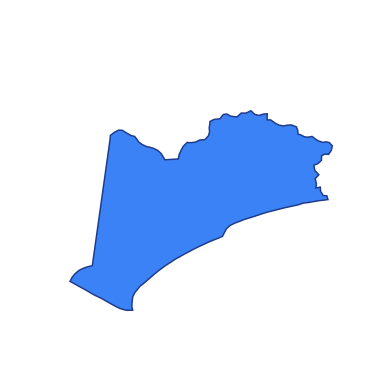 Itapoá, Santa Catarina, Brazil (Natural Earth projection), rotated 67°
{"feature_id": "56859067B97691755303432", "entity_name": "Itapoá", "entity_type": "district", "adm_level": 2, "iso_a3": "BRA", "parent_name": "Brazil", "parent_adm1": "Santa Catarina", "projection": "natural_earth1", "projection_center": [-48.647, -26.082], "detail": "fine", "context": "isolated", "style": "filled", "palette": "blue", "viewbox_px": 384, "rotation_deg": 67, "n_neighbors": 0, "source": "geoboundaries", "source_scale": "gbopen_adm2", "svg_char_len": 1970}
<svg xmlns="http://www.w3.org/2000/svg" viewBox="0 0 384 384"><g transform="rotate(67 192 192)"><path d="M167.8,77.9L166.9,82.1L164.4,85.8L162.0,87.9L159.4,89.6L156.4,91.4L154.9,94.7L152.1,93.4L149.4,92.2L148.2,95.7L147.7,100.5L144.9,104.0L140.2,106.0L140.5,111.3L138.6,115.9L140.5,121.4L137.2,126.9L133.8,129.5L132.9,132.8L135.5,137.7L133.8,143.4L134.1,147.8L136.7,149.3L139.7,151.1L143.6,152.4L146.6,154.8L148.8,159.6L147.2,164.6L147.4,169.4L146.3,173.4L144.5,177.2L146.6,182.3L149.6,186.0L152.3,189.0L156.2,191.7L151.8,204.3L147.9,204.9L144.8,205.3L140.3,207.3L136.8,210.4L134.4,213.2L132.4,216.1L128.8,219.3L125.3,221.4L121.8,222.2L118.4,223.1L116.2,226.1L112.3,229.0L108.0,232.0L106.4,235.2L106.7,240.0L108.0,245.0L112.1,247.2L220.8,312.5L220.0,317.9L219.7,321.9L220.0,326.7L221.7,332.0L223.7,335.7L226.6,339.2L229.5,336.9L233.5,333.8L236.9,331.1L241.5,327.5L247.9,322.8L254.4,317.1L264.7,309.2L267.8,306.7L271.0,303.9L273.5,301.0L275.5,298.1L277.6,292.8L274.1,292.2L271.1,290.8L265.3,287.5L262.0,283.5L260.1,279.8L258.4,276.5L257.4,272.7L256.2,269.0L254.9,264.9L253.0,259.1L251.4,253.6L250.3,249.0L249.3,244.8L248.7,241.3L248.1,237.8L247.4,234.3L247.0,231.0L246.7,227.4L246.1,222.9L245.7,217.2L245.3,213.2L245.0,208.2L244.8,201.8L244.6,196.8L244.6,193.0L244.7,189.3L244.8,185.8L244.7,181.2L241.9,177.9L239.2,174.6L237.6,169.6L237.4,164.0L237.6,159.6L237.7,154.8L238.2,149.9L238.8,144.0L239.1,139.9L239.5,134.9L240.0,130.6L240.5,127.1L241.1,123.4L241.9,117.9L242.9,112.0L244.0,106.1L245.3,99.2L245.7,93.8L247.2,88.9L248.4,83.4L249.8,77.8L251.1,73.4L252.1,69.8L248.1,69.4L246.6,72.6L241.5,73.4L237.7,72.0L236.6,76.4L233.2,74.3L227.8,73.4L225.7,68.5L220.3,70.5L215.0,69.4L215.1,65.0L213.4,60.4L209.3,58.6L209.0,55.1L210.7,51.6L208.0,47.4L204.3,44.8L200.2,46.3L198.2,49.0L197.4,52.3L194.1,55.9L191.0,58.0L187.8,59.7L186.9,63.7L185.3,66.8L182.3,69.2L180.0,71.8L176.2,70.5L172.8,70.5L169.2,74.2L167.8,77.9Z" fill="#3b82f6" stroke="#1e3a8a" stroke-width="1.5"/></g></svg>